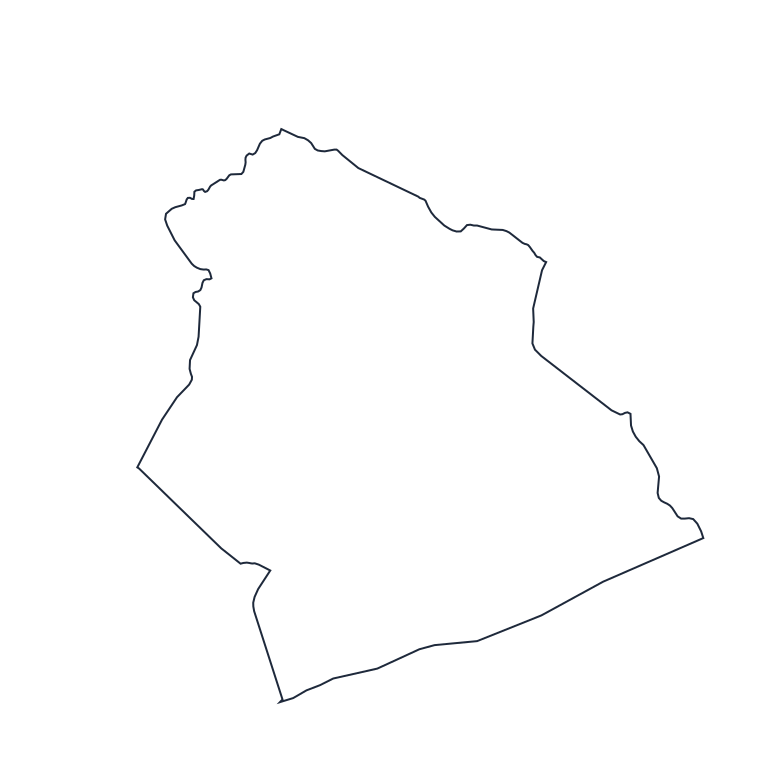 outline of Alibori, rotated 343°
{"feature_id": "BEN-2170", "entity_name": "Alibori", "entity_type": "Department", "adm_level": 1, "iso_a3": "BEN", "parent_name": "Benin", "parent_adm1": "", "projection": "orthographic", "projection_center": [2.909, 11.459], "detail": "fine", "context": "isolated", "style": "outline", "palette": "slate", "viewbox_px": 768, "rotation_deg": 343, "n_neighbors": 0, "source": "natural_earth", "source_scale": "10m", "svg_char_len": 2530}
<svg xmlns="http://www.w3.org/2000/svg" viewBox="0 0 768 768"><g transform="rotate(343 384 384)"><path d="M574.7,314.8L568.4,321.4L548.7,355.4L545.3,368.5L543.5,373.0L537.8,388.6L538.4,395.3L542.6,403.2L593.9,475.7L600.9,482.2L603.2,482.6L605.9,482.1L606.3,482.1L608.6,482.3L611.0,484.6L608.1,495.9L608.1,502.2L609.3,508.0L611.4,513.3L614.3,518.3L620.3,544.3L620.0,552.9L613.8,568.2L613.5,573.3L615.0,576.7L617.3,579.1L619.8,581.3L621.9,583.8L623.4,586.9L626.1,596.4L628.8,599.6L632.5,600.7L636.5,601.5L640.2,603.6L642.8,609.2L644.2,617.7L644.3,624.7L644.2,624.7L535.8,637.1L466.9,651.3L397.8,657.1L356.0,648.5L340.3,648.0L294.4,654.2L249.3,650.8L234.7,653.3L220.3,654.3L205.3,657.8L191.5,657.8L194.7,656.0L193.4,563.3L194.0,558.5L195.0,554.9L198.0,549.8L203.7,543.3L220.7,529.1L211.4,520.1L208.0,517.7L207.3,517.5L206.0,517.3L204.5,516.7L203.1,515.9L200.6,514.7L197.1,514.0L194.3,513.9L180.3,493.6L125.0,393.1L123.7,391.6L161.3,353.2L182.2,336.1L197.5,327.6L201.5,323.7L202.5,321.0L202.3,317.8L202.5,312.7L205.5,304.4L216.5,292.1L220.5,284.6L230.9,256.4L230.3,253.5L227.0,248.4L226.6,245.2L228.3,241.5L230.7,240.9L233.3,241.2L235.8,240.5L237.7,238.4L240.0,234.2L242.0,232.1L244.8,231.8L247.8,232.9L249.9,232.5L250.1,227.5L249.5,223.8L247.6,222.5L244.9,221.8L241.9,220.4L239.0,218.0L236.9,215.6L235.3,212.7L225.8,185.4L223.0,169.2L222.8,162.6L225.3,157.5L232.2,154.4L236.1,153.9L242.7,154.1L246.3,153.8L247.0,153.0L249.3,149.8L250.8,148.7L252.9,149.2L254.5,150.9L256.0,151.4L257.6,148.3L258.9,144.7L260.9,143.9L263.6,144.3L267.0,144.5L267.8,145.1L268.2,146.7L269.1,148.0L271.2,147.9L272.8,146.9L275.4,144.4L276.7,143.6L286.8,140.8L288.0,141.0L290.4,142.5L291.8,142.6L293.5,141.8L297.0,139.2L298.9,138.8L309.0,141.5L311.5,140.0L315.5,133.7L316.5,131.5L317.0,129.2L317.8,127.1L319.4,125.4L322.5,124.2L325.5,126.2L328.4,125.5L331.0,123.3L335.6,117.9L338.7,115.8L341.5,115.3L347.2,115.5L350.2,114.9L356.9,114.6L360.3,110.2L373.9,122.5L379.7,125.6L382.6,128.7L384.8,132.3L386.6,138.9L388.9,141.3L392.1,142.9L395.4,144.2L404.9,145.3L407.2,146.0L408.3,147.5L411.1,152.9L422.6,170.0L471.6,214.9L472.5,216.4L476.4,219.4L477.3,220.9L478.0,227.2L479.4,233.8L481.5,239.1L488.0,250.1L492.1,254.8L494.5,257.1L498.0,259.4L502.0,260.5L505.8,258.7L509.8,256.3L513.1,256.9L516.2,258.7L519.4,259.7L532.2,267.7L542.6,271.4L545.8,273.6L548.1,275.8L557.7,289.5L559.6,291.2L561.2,292.1L562.5,293.3L563.5,295.6L565.0,300.2L566.0,302.4L566.6,305.0L567.6,307.2L570.0,308.5L572.7,313.1L574.7,314.8Z" fill="none" stroke="#1e293b" stroke-width="2"/></g></svg>